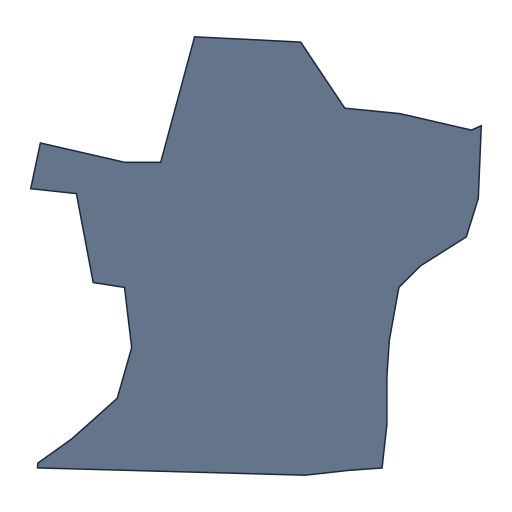 the district of Gyeyang-gu, Gyeonggi, South Korea
{"feature_id": "91817680B94833670639499", "entity_name": "Gyeyang-gu", "entity_type": "district", "adm_level": 2, "iso_a3": "KOR", "parent_name": "South Korea", "parent_adm1": "Gyeonggi", "projection": "albers", "projection_center": [126.738, 37.552], "detail": "fine", "context": "isolated", "style": "filled", "palette": "slate", "viewbox_px": 512, "rotation_deg": 0, "n_neighbors": 0, "source": "geoboundaries", "source_scale": "gbopen_adm2", "svg_char_len": 505}
<svg xmlns="http://www.w3.org/2000/svg" viewBox="0 0 512 512"><path d="M194.6,36.8L160.7,162.3L124.6,162.3L40.4,143.0L30.7,188.7L76.4,193.6L93.2,282.6L124.5,287.4L131.7,347.6L117.3,398.2L93.2,419.8L71.5,439.1L37.8,463.1L37.5,467.9L305.1,475.2L348.4,470.4L382.1,468.0L382.1,467.7L386.9,424.6L386.9,376.5L389.3,340.4L398.9,287.4L409.7,276.6L420.5,265.8L466.3,236.9L478.3,198.4L481.3,125.7L471.4,130.1L399.8,113.6L344.8,108.2L300.7,42.1L194.6,36.8Z" fill="#64748b" stroke="#1e293b" stroke-width="1.5"/></svg>